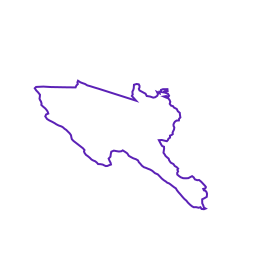 the district of Itabuna, Bahia, Brazil, rotated 291°
{"feature_id": "56859067B9153325788025", "entity_name": "Itabuna", "entity_type": "district", "adm_level": 2, "iso_a3": "BRA", "parent_name": "Brazil", "parent_adm1": "Bahia", "projection": "equal_earth", "projection_center": [-39.322, -14.862], "detail": "fine", "context": "isolated", "style": "outline", "palette": "violet", "viewbox_px": 256, "rotation_deg": 291, "n_neighbors": 0, "source": "geoboundaries", "source_scale": "gbopen_adm2", "svg_char_len": 3030}
<svg xmlns="http://www.w3.org/2000/svg" viewBox="0 0 256 256"><g transform="rotate(291 128 128)"><path d="M83.6,113.0L84.3,115.0L84.8,117.5L84.6,119.1L84.5,120.9L85.2,122.4L86.5,123.7L87.8,125.2L89.3,124.2L90.9,122.4L92.5,120.9L94.9,121.9L97.8,121.2L99.9,120.9L101.8,122.9L102.3,125.7L102.8,128.0L103.9,130.1L105.2,131.1L104.6,134.2L104.0,136.5L102.3,138.7L101.9,141.3L101.6,143.8L101.7,146.6L101.3,149.0L100.0,150.3L99.0,152.4L97.8,154.5L97.1,156.9L97.2,159.1L97.1,161.2L97.1,163.7L96.7,166.1L95.5,169.4L95.4,172.4L94.2,175.0L92.9,177.7L92.1,180.1L91.6,182.5L91.0,184.2L91.0,186.2L90.5,188.1L89.9,190.0L89.2,192.4L88.8,194.3L87.5,195.9L86.1,198.2L85.2,200.0L84.4,201.5L83.6,202.9L82.8,204.4L82.0,206.0L81.1,208.5L79.8,210.7L78.6,213.5L77.8,216.0L77.6,217.8L78.5,219.9L78.9,222.6L80.0,224.0L78.8,225.7L79.4,228.0L80.6,229.3L80.9,227.4L82.7,226.0L84.3,224.3L86.0,223.6L88.0,222.8L89.5,224.2L90.7,225.2L92.0,226.2L93.4,225.8L94.8,225.4L96.2,224.4L97.1,222.9L97.0,221.2L98.1,220.1L99.3,221.8L100.8,221.9L101.7,220.5L102.7,218.4L103.6,216.6L104.3,215.0L104.9,213.0L104.1,211.4L104.0,208.9L105.5,206.9L106.0,205.1L104.1,203.4L102.8,202.3L101.9,200.3L100.9,197.5L100.9,194.9L101.5,192.6L102.2,190.7L103.7,190.0L105.5,190.3L106.6,189.1L108.0,189.4L108.9,187.5L109.3,185.2L110.6,183.4L111.0,180.3L112.6,178.0L114.0,176.9L114.7,174.7L115.4,173.0L116.5,171.7L117.6,170.0L119.4,169.6L121.7,169.1L123.4,168.3L123.4,166.4L124.3,165.1L127.7,161.2L128.9,163.8L129.2,166.2L129.6,169.0L131.1,169.6L132.5,169.6L134.1,170.7L135.9,169.9L137.2,171.3L138.4,172.0L139.5,171.3L141.0,171.3L143.1,171.5L145.2,171.0L146.2,169.8L147.6,169.2L149.0,169.2L150.6,169.5L152.3,170.6L153.3,172.8L155.0,172.4L156.6,173.1L158.9,171.8L160.7,170.9L161.5,168.5L163.2,166.7L163.6,163.5L164.5,162.2L164.3,160.2L165.5,158.3L167.6,158.1L169.0,156.8L170.1,155.0L170.1,152.2L170.2,150.0L171.5,152.1L171.6,154.5L172.8,154.8L174.2,153.1L174.3,150.0L173.9,147.9L175.4,149.0L176.6,151.8L178.4,150.9L177.8,149.4L176.8,146.8L175.4,145.2L174.0,145.8L173.2,144.3L171.7,145.2L172.0,142.2L170.5,143.8L168.6,143.8L166.5,142.4L165.4,140.7L165.3,137.4L164.6,134.0L166.3,132.1L167.2,125.3L168.4,124.1L169.8,124.2L171.4,123.7L172.6,122.4L172.2,120.3L170.5,118.1L168.8,118.6L167.3,119.1L165.4,119.3L163.6,119.1L162.3,119.6L161.0,120.4L159.3,120.1L156.4,125.8L154.1,86.3L153.8,82.5L153.5,77.7L153.2,74.7L153.7,72.1L153.6,69.7L153.6,67.2L154.2,64.4L152.5,64.4L151.0,65.4L149.2,64.6L147.1,64.5L142.8,52.9L141.8,50.1L138.7,41.6L136.3,34.1L133.4,27.5L131.7,26.7L130.2,28.8L129.1,31.2L127.5,33.9L125.5,34.5L123.6,34.9L122.5,36.0L121.5,37.3L119.9,38.5L118.5,38.8L117.6,40.9L116.6,43.8L115.4,45.9L114.5,47.1L112.9,48.4L111.3,46.7L109.2,46.6L107.4,49.2L106.9,51.7L106.6,55.1L106.2,57.9L105.8,59.6L105.5,62.3L105.6,65.4L105.3,67.1L104.5,69.1L104.1,71.0L103.1,73.2L102.1,75.5L100.8,77.4L99.1,78.4L97.4,79.6L96.4,81.7L92.9,93.3L91.8,95.3L90.4,95.3L89.3,96.2L87.9,98.3L87.3,100.6L86.5,103.0L85.5,105.2L85.2,107.2L85.2,109.3L84.5,111.4L83.6,113.0Z" fill="none" stroke="#5b21b6" stroke-width="2"/></g></svg>